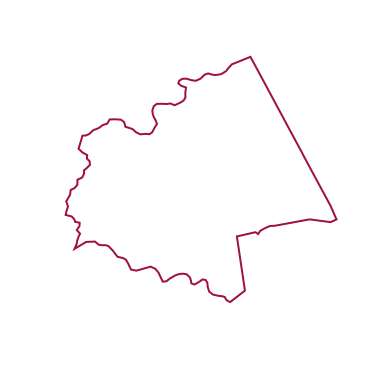 the district of Novo Santo Antônio, Piauí, Brazil, rotated 53°
{"feature_id": "56859067B59969967736993", "entity_name": "Novo Santo Antônio", "entity_type": "district", "adm_level": 2, "iso_a3": "BRA", "parent_name": "Brazil", "parent_adm1": "Piauí", "projection": "robinson", "projection_center": [-41.944, -5.288], "detail": "fine", "context": "isolated", "style": "outline", "palette": "rose", "viewbox_px": 384, "rotation_deg": 53, "n_neighbors": 0, "source": "geoboundaries", "source_scale": "gbopen_adm2", "svg_char_len": 1918}
<svg xmlns="http://www.w3.org/2000/svg" viewBox="0 0 384 384"><g transform="rotate(53 192 192)"><path d="M166.7,320.0L168.2,306.5L173.2,299.3L177.8,298.3L180.1,296.3L182.0,293.5L184.7,291.3L191.2,290.5L198.9,290.5L203.0,287.0L206.3,285.5L211.0,286.1L217.3,287.4L221.3,283.8L223.6,278.0L226.7,270.0L231.3,267.5L236.3,267.3L241.1,268.3L246.0,269.3L247.9,266.3L247.8,261.7L248.2,258.3L248.6,255.1L249.7,252.0L251.6,248.6L254.5,245.8L258.8,245.1L261.9,246.0L264.6,247.5L267.3,245.8L268.0,241.3L268.2,236.2L270.4,234.1L273.5,234.3L277.6,236.7L281.9,238.2L286.5,237.0L290.9,233.3L293.2,230.8L295.4,229.1L299.2,229.5L302.9,227.8L302.6,209.1L296.8,205.9L254.5,182.9L262.3,165.5L265.4,164.5L264.1,160.9L264.8,155.7L266.0,150.4L269.1,145.6L283.3,117.2L284.8,114.4L299.5,99.4L300.9,93.1L286.6,89.7L230.8,81.2L227.0,80.5L211.1,78.1L132.0,65.9L119.2,64.0L115.2,79.0L114.0,83.4L115.1,88.9L116.0,92.1L115.4,97.9L112.6,103.1L110.2,105.4L107.0,107.8L105.9,111.5L106.6,116.7L105.5,122.0L102.6,124.9L98.0,128.4L95.8,131.6L95.4,135.2L97.1,137.6L100.7,136.7L105.0,133.9L108.8,137.7L112.4,140.2L113.9,143.6L113.6,147.4L112.3,153.6L108.2,156.1L106.6,159.1L103.8,162.5L100.4,167.1L100.5,170.9L103.1,174.7L106.1,176.4L109.5,177.5L112.3,177.8L116.6,179.0L118.0,182.9L120.4,187.9L120.2,191.3L117.7,194.0L114.8,198.6L110.4,200.8L106.1,201.6L103.4,203.3L99.9,205.9L95.3,204.1L91.4,205.3L87.7,209.6L84.5,214.1L86.4,218.6L84.8,223.1L84.9,227.0L84.3,230.1L83.2,233.5L83.8,239.3L83.1,242.5L81.1,245.6L83.9,249.3L86.5,252.9L89.2,256.6L94.7,255.6L99.4,253.5L102.0,255.8L105.8,255.3L108.9,257.1L109.6,262.3L109.7,265.3L112.4,267.1L114.3,270.9L113.3,276.1L117.2,279.2L118.2,283.5L117.4,287.7L120.7,290.9L122.0,293.7L123.8,298.1L128.8,299.6L131.7,303.7L134.3,306.7L139.1,302.8L142.9,302.4L145.5,303.3L148.9,300.2L151.6,302.5L153.0,306.9L157.9,306.5L159.6,309.8L161.5,312.6L164.2,315.5L166.7,320.0Z" fill="none" stroke="#9f1239" stroke-width="2"/></g></svg>